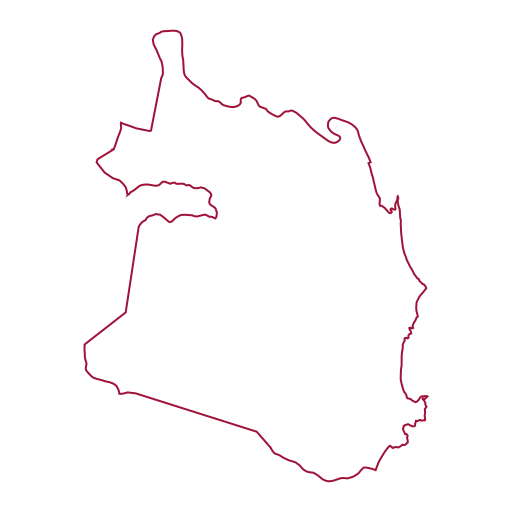 outline of Troumassee, Micoud, Saint Lucia
{"feature_id": "8701671B86080825614718", "entity_name": "Troumassee", "entity_type": "district", "adm_level": 2, "iso_a3": "LCA", "parent_name": "Saint Lucia", "parent_adm1": "Micoud", "projection": "robinson", "projection_center": [-60.903, 13.81], "detail": "fine", "context": "isolated", "style": "outline", "palette": "rose", "viewbox_px": 512, "rotation_deg": 0, "n_neighbors": 0, "source": "geoboundaries", "source_scale": "gbopen_adm2", "svg_char_len": 6060}
<svg xmlns="http://www.w3.org/2000/svg" viewBox="0 0 512 512"><path d="M375.6,470.2L378.3,463.0L380.0,459.6L385.1,451.3L387.8,447.8L389.4,446.1L390.1,445.8L392.0,447.3L392.5,448.0L393.9,447.4L394.6,447.5L395.3,447.1L396.6,447.0L398.2,447.5L398.9,447.2L400.6,446.2L402.4,444.7L403.9,445.1L406.1,444.2L407.0,442.9L407.8,442.4L407.7,440.5L407.0,437.4L407.6,436.4L407.3,434.9L406.6,434.3L406.0,434.0L405.3,434.2L404.8,433.6L404.7,432.8L403.7,431.3L403.5,430.1L402.9,428.9L403.6,427.4L403.6,426.4L403.7,426.0L404.4,425.8L405.1,425.0L407.0,424.6L408.0,424.1L411.2,425.9L412.4,426.3L413.7,426.3L414.6,426.1L415.1,425.6L415.1,423.9L416.0,421.3L416.0,420.9L417.8,421.0L419.8,419.9L420.1,419.9L421.2,420.6L421.7,420.6L422.7,420.4L424.5,420.4L425.2,419.9L424.7,416.0L424.7,414.8L425.1,413.2L425.1,411.9L424.8,409.2L425.4,408.2L426.0,407.6L426.5,406.7L425.6,405.2L425.3,404.3L425.4,402.9L423.6,399.7L422.8,399.4L422.6,398.7L423.0,398.4L424.6,399.1L427.5,396.4L427.3,396.2L425.4,396.1L421.6,396.4L420.6,397.0L419.8,397.9L418.8,399.8L417.1,401.4L415.7,402.2L412.2,400.6L411.1,399.4L410.2,399.1L409.2,398.6L407.5,398.3L406.8,397.5L406.6,395.9L405.6,393.7L404.3,392.1L403.3,389.9L401.4,382.9L400.8,380.2L400.7,378.3L400.9,370.4L401.6,365.3L401.7,355.4L402.1,351.8L402.6,348.8L402.8,347.0L402.7,344.9L403.6,342.5L404.7,340.5L404.6,338.4L405.8,337.8L406.7,338.0L407.7,338.4L408.5,337.6L408.4,335.7L409.2,334.3L411.2,333.5L411.0,332.0L409.4,328.8L409.4,327.9L409.8,327.7L411.1,328.2L412.8,328.3L413.2,327.9L412.5,326.4L412.7,325.6L414.2,322.0L414.5,321.9L415.6,319.9L416.7,317.3L417.7,316.7L417.6,315.1L416.5,311.1L416.2,307.6L416.6,302.2L418.5,298.4L420.1,295.6L422.8,292.7L425.3,289.4L426.1,288.7L426.1,287.6L425.0,285.6L423.7,284.3L422.4,284.0L421.6,282.9L419.4,280.9L418.6,278.9L417.4,278.4L414.0,273.8L412.7,271.0L409.9,266.3L407.3,260.9L406.7,260.0L406.2,257.8L404.3,253.1L402.9,247.4L402.0,240.5L401.2,233.2L400.7,224.1L400.9,220.9L400.2,217.5L399.7,209.5L398.2,204.8L397.7,201.3L398.2,198.9L398.2,197.4L397.8,196.4L397.4,197.0L397.5,199.2L395.4,203.7L395.1,206.4L395.5,208.4L395.4,209.3L395.0,209.7L394.2,209.7L391.8,208.4L391.1,208.7L390.5,209.3L390.5,209.9L391.4,211.0L391.8,211.9L390.9,213.0L390.1,213.2L388.8,212.6L385.0,208.2L381.6,205.7L380.2,205.9L379.5,204.2L379.9,199.9L379.7,198.0L377.5,194.6L376.7,193.2L375.8,190.1L372.5,176.0L371.7,173.9L370.1,167.2L368.5,163.2L370.6,162.2L368.9,157.9L365.1,150.1L363.5,146.3L360.8,140.6L358.9,135.3L357.9,131.3L357.2,129.7L356.0,128.1L354.9,126.9L352.7,125.0L350.9,123.8L347.7,122.1L342.0,120.2L338.7,118.9L334.8,117.8L333.6,117.8L332.4,118.0L331.6,118.4L330.0,119.7L328.6,121.5L328.1,123.0L327.9,126.3L328.2,127.3L328.6,128.3L330.0,130.3L331.6,132.0L334.0,133.7L337.8,135.4L339.1,136.1L340.0,137.2L340.3,138.1L340.0,139.1L339.1,140.5L338.3,141.2L337.4,141.8L336.0,142.5L334.9,142.8L333.6,142.8L331.6,142.5L328.3,141.0L315.8,131.9L312.8,129.3L310.8,127.4L308.1,124.4L304.9,120.4L302.8,118.2L296.4,112.8L292.7,110.8L291.7,110.6L290.6,110.6L288.8,111.4L286.2,111.4L285.2,111.6L283.8,112.5L281.1,115.1L279.4,116.3L277.9,116.7L276.4,116.4L272.4,114.4L268.4,111.9L267.6,111.2L266.1,109.1L265.7,108.8L260.3,106.8L259.5,106.3L258.8,105.5L258.3,104.6L256.8,101.4L255.6,99.7L253.9,98.4L249.9,96.0L248.9,95.6L248.0,95.8L244.7,97.2L241.7,98.0L241.0,98.7L240.8,99.4L240.7,100.3L240.8,102.1L240.7,103.0L239.8,104.4L238.1,105.7L237.2,106.1L235.7,106.6L233.3,107.1L229.8,106.8L226.6,106.1L223.7,105.2L221.9,104.2L220.4,102.6L218.6,101.4L217.6,101.1L215.7,101.1L214.8,100.9L211.9,99.5L208.7,98.5L207.2,97.1L205.6,94.8L201.8,90.5L199.0,88.0L194.1,84.7L191.7,82.8L186.1,77.2L184.6,74.9L184.1,72.8L183.7,70.0L183.2,59.9L182.5,56.6L182.2,52.9L182.1,49.0L182.3,45.3L182.2,39.2L181.4,35.4L180.2,32.9L179.3,32.2L178.1,31.5L175.6,30.8L171.5,30.7L167.2,31.1L164.1,31.1L161.2,31.8L159.7,32.9L155.8,34.5L154.1,36.4L152.8,39.8L153.7,44.5L156.6,50.2L159.9,58.3L161.2,60.6L162.0,63.4L162.7,67.6L162.9,73.4L162.2,76.5L161.3,77.7L151.0,130.6L149.4,131.0L136.2,128.3L128.8,125.6L123.5,123.9L121.0,122.7L120.8,124.5L121.2,127.8L120.3,131.2L118.1,136.8L115.5,144.6L113.7,149.2L112.9,149.4L113.2,149.6L97.5,159.3L96.6,162.4L104.6,172.5L112.9,178.2L119.4,180.3L122.9,183.6L125.6,187.0L126.8,190.7L127.0,193.1L128.0,194.5L127.8,194.9L129.1,194.1L130.2,192.6L130.8,192.1L133.5,190.6L137.2,187.8L138.8,186.4L140.1,185.6L142.4,184.9L145.3,184.5L148.8,184.6L154.7,185.7L157.1,185.7L159.3,184.9L161.0,183.2L162.9,181.7L165.1,181.8L170.4,183.8L171.8,183.0L174.7,182.6L176.3,183.8L179.5,183.8L181.9,183.6L184.4,184.1L186.0,185.2L187.3,185.4L189.0,184.9L190.7,185.8L192.0,187.0L193.8,188.0L197.2,188.3L200.8,187.4L204.5,188.3L210.1,192.5L211.2,194.4L211.3,195.7L209.7,198.8L209.3,201.4L209.3,202.9L209.9,204.2L211.1,205.2L214.5,207.4L215.3,208.2L215.8,209.3L216.9,212.5L216.4,216.9L215.4,218.4L213.4,217.6L212.3,216.9L210.9,216.7L209.4,216.8L206.2,215.0L204.8,214.6L196.9,216.5L194.0,216.1L192.1,215.2L190.0,215.2L185.9,214.8L181.6,214.9L179.1,215.8L175.7,217.8L173.9,219.4L172.1,221.3L169.9,222.1L169.0,221.9L162.9,216.7L159.9,214.6L157.9,214.5L155.9,214.0L152.2,215.5L150.4,215.8L148.5,216.5L147.0,217.7L145.3,220.3L143.2,221.3L141.3,222.9L139.2,225.8L138.7,226.8L125.7,312.4L85.6,343.7L84.6,344.7L84.5,350.4L84.8,353.2L84.8,356.7L85.7,361.0L86.2,362.1L86.5,364.1L85.9,367.1L85.8,368.7L85.9,369.7L86.2,370.4L88.7,373.4L91.5,376.3L92.8,377.4L96.1,378.7L102.3,380.3L104.9,381.2L109.6,382.2L112.5,383.3L114.3,384.2L116.4,385.9L118.2,389.2L118.8,390.8L119.4,393.8L120.9,393.9L122.6,393.7L127.8,392.4L135.8,393.4L256.7,431.7L270.7,447.7L271.4,449.2L272.8,451.4L274.5,453.3L275.3,453.7L278.5,454.8L280.6,455.9L283.5,457.8L288.4,460.1L295.4,462.3L299.6,465.3L302.8,469.0L304.7,470.4L306.5,471.4L307.6,471.8L309.8,472.3L313.2,472.7L314.0,473.0L317.6,475.2L322.5,479.2L324.9,480.4L327.7,481.2L329.5,481.3L332.7,480.8L334.9,480.2L339.8,478.5L341.7,478.1L343.3,478.0L347.5,478.4L351.3,477.3L353.9,476.3L357.7,473.9L358.6,473.1L362.1,469.0L363.5,467.8L364.1,467.5L365.8,467.5L367.7,467.8L371.5,468.7L374.1,469.5L375.6,470.2Z" fill="none" stroke="#9f1239" stroke-width="2"/></svg>